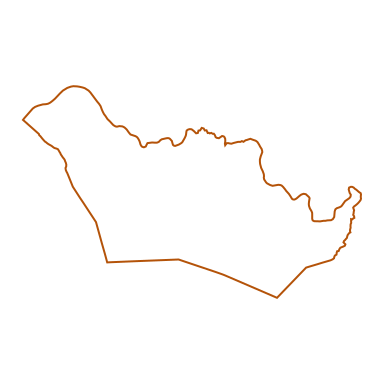 the district of Campo Alegre de Lourdes, Bahia, Brazil
{"feature_id": "56859067B47282547771310", "entity_name": "Campo Alegre de Lourdes", "entity_type": "district", "adm_level": 2, "iso_a3": "BRA", "parent_name": "Brazil", "parent_adm1": "Bahia", "projection": "mercator", "projection_center": [-43.073, -9.544], "detail": "fine", "context": "isolated", "style": "outline", "palette": "amber", "viewbox_px": 384, "rotation_deg": 0, "n_neighbors": 0, "source": "geoboundaries", "source_scale": "gbopen_adm2", "svg_char_len": 3880}
<svg xmlns="http://www.w3.org/2000/svg" viewBox="0 0 384 384"><path d="M218.9,138.2L216.9,137.9L215.7,137.2L215.2,136.0L214.8,135.0L213.8,133.7L212.7,133.8L211.3,132.9L209.7,133.4L208.8,132.8L207.7,133.0L206.5,130.3L204.8,130.5L203.7,128.5L201.7,127.9L200.1,130.4L198.5,130.6L197.8,133.0L196.1,133.3L193.7,130.9L191.6,129.3L189.8,129.1L188.2,129.5L186.7,130.5L186.4,131.6L186.0,134.8L185.6,136.1L184.6,138.2L182.3,142.2L181.3,143.1L178.8,144.6L175.2,145.9L174.0,145.7L173.0,144.9L172.4,143.0L171.9,141.0L169.9,138.8L168.8,138.2L167.3,138.1L165.7,138.4L161.8,139.3L160.4,140.2L158.9,141.8L157.9,142.3L156.8,142.7L155.1,142.7L153.9,142.6L152.1,142.5L147.5,143.1L146.5,144.9L145.8,146.5L143.9,147.3L142.2,146.8L141.3,145.9L140.5,144.5L139.6,141.4L138.7,139.5L137.9,138.2L137.0,137.1L135.6,136.2L130.5,134.5L128.9,132.6L126.7,129.5L124.8,127.7L123.7,127.0L122.4,126.4L119.3,126.1L117.3,126.6L116.2,126.6L115.1,126.2L114.1,125.6L113.1,124.9L109.8,121.3L107.5,119.1L105.4,115.9L104.0,114.1L102.8,111.8L101.8,109.5L100.6,106.2L99.1,103.9L97.1,101.5L90.4,92.5L88.6,90.6L84.8,88.2L82.7,87.5L79.7,86.8L77.2,86.4L73.4,86.2L71.0,86.6L67.3,87.9L62.9,90.6L59.8,93.6L55.0,98.7L52.6,100.8L50.4,102.5L48.4,103.6L46.9,104.0L45.7,104.2L42.8,104.4L38.1,105.7L35.1,106.9L32.8,108.5L24.2,118.3L23.0,119.9L38.9,134.0L39.3,135.3L40.3,136.1L41.5,137.6L42.3,138.6L43.6,140.1L45.0,141.6L46.1,142.3L47.0,143.1L48.4,144.1L50.0,145.0L51.6,145.9L53.1,147.1L54.4,148.0L56.5,148.6L57.9,149.2L58.8,150.6L59.7,152.2L60.3,153.1L60.8,154.4L61.7,155.7L62.8,157.4L63.9,158.7L64.6,159.7L65.2,161.4L65.8,162.7L66.3,164.6L66.2,166.5L65.5,168.0L65.8,170.0L66.5,171.7L67.2,172.9L69.5,178.5L72.8,186.7L80.1,198.0L83.0,202.3L96.0,222.1L98.5,231.1L101.7,242.7L104.9,253.9L107.2,262.4L111.4,262.2L132.9,261.3L178.6,259.5L183.9,261.3L215.4,271.9L222.5,274.4L224.8,275.3L277.0,297.8L306.1,267.6L311.4,266.0L317.5,264.2L322.0,262.8L330.6,260.3L332.7,259.3L334.0,258.3L334.2,257.2L334.8,255.6L336.5,254.6L336.7,252.6L337.2,251.2L338.6,251.1L339.1,249.8L339.7,248.6L340.4,247.7L341.9,247.1L343.6,246.4L344.9,245.7L345.4,244.3L344.3,243.2L343.5,242.4L344.0,241.0L345.0,240.1L345.8,239.1L346.9,237.9L347.3,236.1L347.7,235.0L348.6,233.8L349.4,232.9L350.4,232.4L350.0,231.1L350.1,229.5L350.6,227.8L350.5,226.2L350.6,224.3L351.2,222.9L351.1,221.6L351.1,220.5L351.1,219.1L352.3,219.4L353.1,218.5L354.3,217.9L354.1,216.2L353.2,214.9L353.6,213.4L353.7,212.0L354.1,210.2L353.6,209.0L353.2,207.6L354.0,206.5L355.4,205.5L356.5,204.6L357.3,203.9L358.4,202.8L359.5,201.5L360.5,200.2L361.0,198.7L360.8,197.3L360.8,196.0L361.0,194.6L360.7,193.2L358.8,191.9L356.3,189.7L354.9,188.8L353.7,187.6L352.3,186.9L350.9,186.8L349.1,187.6L348.7,189.5L349.7,193.0L350.8,194.7L350.5,196.7L349.3,198.2L345.1,201.1L342.2,205.2L341.3,206.3L339.7,207.2L336.8,208.2L335.4,209.3L334.7,211.4L334.2,217.0L332.8,219.2L331.0,220.2L327.3,220.4L325.4,220.8L323.6,220.8L320.0,221.4L318.2,221.3L314.2,221.2L312.7,220.4L312.2,218.9L312.2,213.9L312.1,212.6L311.3,210.8L309.9,208.5L309.0,205.9L308.8,204.0L309.0,201.8L309.6,198.2L308.9,197.0L305.8,194.2L303.7,193.8L302.3,194.2L301.1,194.7L299.5,195.9L296.5,198.5L295.1,199.3L294.1,199.6L292.9,199.4L292.0,198.8L290.3,196.0L288.9,193.9L286.0,190.7L285.3,189.6L283.1,186.9L281.6,185.5L280.2,185.0L278.3,184.8L272.6,185.8L270.1,185.0L267.0,183.3L266.1,182.4L264.2,179.5L263.8,177.7L264.0,176.2L263.8,174.2L263.2,172.5L262.7,171.1L261.2,168.0L260.2,164.3L260.0,163.0L259.9,161.4L259.9,159.5L260.7,156.4L262.3,152.1L262.1,150.6L261.6,148.9L261.0,148.0L260.1,146.6L259.2,144.8L257.5,142.1L256.3,141.1L255.4,140.6L252.7,139.7L250.4,138.8L248.5,139.4L247.1,139.9L245.5,140.3L243.5,141.8L241.9,141.1L240.4,141.9L237.9,141.9L233.9,142.9L231.4,143.7L229.9,143.5L228.2,143.1L226.7,143.2L225.2,145.2L224.9,143.7L225.3,141.1L225.2,138.8L224.5,137.2L223.7,136.4L222.1,136.0L218.9,138.2Z" fill="none" stroke="#b45309" stroke-width="2"/></svg>